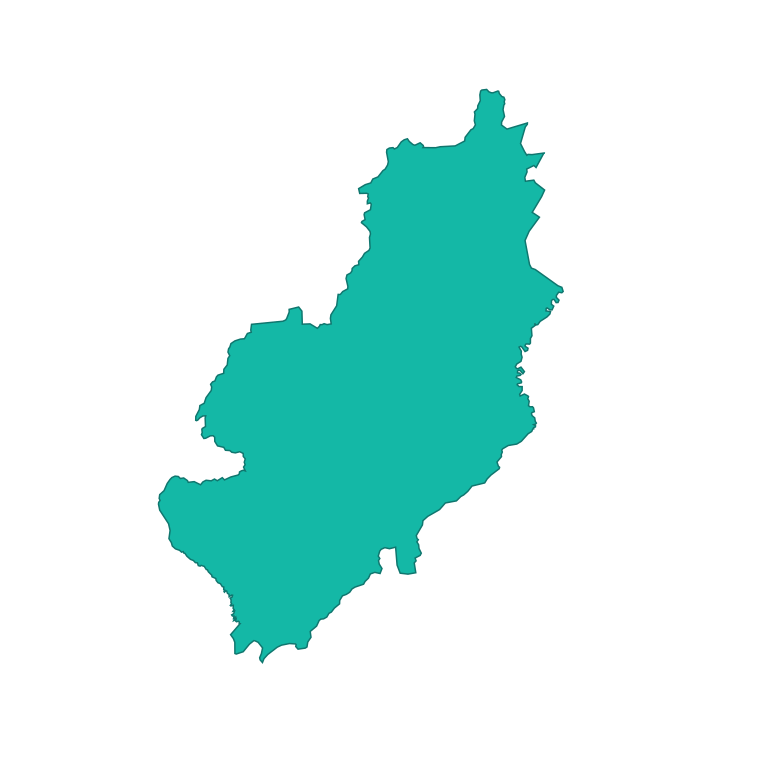 outline of Azangaro, Puno, Peru, rotated 214°
{"feature_id": "86281439B39141147012266", "entity_name": "Azangaro", "entity_type": "district", "adm_level": 2, "iso_a3": "PER", "parent_name": "Peru", "parent_adm1": "Puno", "projection": "robinson", "projection_center": [-70.147, -14.836], "detail": "fine", "context": "isolated", "style": "filled", "palette": "teal", "viewbox_px": 768, "rotation_deg": 214, "n_neighbors": 0, "source": "geoboundaries", "source_scale": "gbopen_adm2", "svg_char_len": 6154}
<svg xmlns="http://www.w3.org/2000/svg" viewBox="0 0 768 768"><g transform="rotate(214 384 384)"><path d="M508.1,166.9L506.4,163.4L504.5,162.2L504.6,159.9L503.8,158.3L499.4,154.0L484.5,147.7L479.4,142.9L475.8,135.5L471.6,133.6L468.9,131.3L464.7,130.7L460.5,131.8L457.8,131.4L456.7,132.8L455.4,131.9L454.3,132.3L451.1,131.0L446.4,130.4L443.3,131.1L440.5,130.4L438.7,131.4L436.4,129.6L434.6,130.2L434.2,131.4L431.0,132.3L427.6,130.8L426.4,131.2L424.7,130.1L419.9,129.2L418.8,128.0L414.7,128.7L413.3,127.3L410.5,126.4L407.9,127.0L404.8,125.6L403.3,126.1L402.0,124.0L400.7,124.1L400.8,122.7L399.9,122.2L399.5,123.9L398.7,124.4L396.7,122.9L394.9,123.0L393.5,121.1L392.3,123.8L391.4,124.2L390.8,122.4L391.8,120.4L390.1,119.6L388.6,117.1L387.4,116.6L387.6,114.5L386.8,114.4L385.2,116.3L383.5,113.5L382.1,113.2L382.1,111.1L380.9,112.2L380.2,109.4L381.2,107.4L380.0,106.9L378.5,107.7L377.7,105.7L376.9,107.3L376.3,103.8L375.4,105.3L376.0,106.5L375.5,107.1L374.4,104.5L373.3,104.4L372.1,105.9L370.9,105.8L370.1,104.4L369.3,104.8L371.0,90.4L366.5,88.7L363.2,86.4L356.9,77.2L355.5,77.5L351.0,83.3L350.1,93.0L348.4,98.5L347.1,99.0L343.9,99.5L337.1,97.3L334.9,92.0L334.0,87.5L332.4,86.0L329.0,85.1L329.9,89.2L329.1,94.8L325.3,106.2L322.9,110.2L317.2,116.0L312.0,119.0L311.1,118.8L310.4,117.0L307.0,116.1L301.6,121.0L300.8,122.9L302.9,127.4L302.9,133.2L306.8,137.6L304.5,145.6L305.5,151.7L304.9,153.7L302.7,155.6L301.1,158.8L301.4,163.1L300.1,165.5L299.8,170.5L297.9,176.9L299.7,179.8L300.0,185.2L297.6,188.5L296.0,192.1L295.9,196.3L294.4,199.5L289.0,206.6L289.3,209.7L288.3,214.4L289.1,218.9L286.3,222.7L281.3,224.7L282.5,229.9L287.2,232.0L289.8,234.5L289.9,237.0L292.5,238.1L294.1,243.1L293.9,245.4L291.8,248.8L287.4,250.5L283.1,255.2L271.9,241.2L264.8,236.2L257.8,239.8L252.1,245.3L258.9,252.6L258.5,255.3L260.9,257.1L258.2,262.1L258.5,264.6L263.0,267.2L265.4,270.1L268.5,271.5L268.5,274.1L270.1,274.3L272.5,276.4L273.3,288.6L275.3,292.5L273.7,298.8L267.7,311.0L266.6,319.7L258.6,327.6L257.4,333.7L255.9,336.6L254.5,341.9L254.0,348.6L245.2,358.3L245.4,363.0L244.4,368.4L241.1,378.2L241.6,379.6L243.2,379.8L246.7,382.5L246.0,389.5L247.3,391.0L247.9,393.8L249.4,395.0L249.4,396.6L246.6,402.5L240.3,408.5L238.1,413.4L236.7,423.4L235.0,427.2L235.5,429.9L234.8,430.6L235.6,431.5L234.5,433.1L235.0,434.1L237.2,434.0L235.9,435.5L235.8,436.8L237.7,437.6L240.1,440.2L243.6,440.6L245.2,441.9L245.4,443.0L243.9,445.1L246.7,447.8L248.2,448.2L250.1,446.8L252.1,446.8L254.0,450.9L256.6,452.2L257.1,454.3L257.9,454.6L262.0,454.2L264.4,450.2L265.8,451.3L265.8,455.8L268.0,459.1L270.7,457.4L273.2,457.8L273.4,458.8L270.8,461.8L271.1,462.7L272.9,463.9L278.0,463.3L278.3,464.9L275.9,467.3L275.7,468.5L277.6,468.9L279.6,467.9L280.6,469.6L280.1,470.7L278.5,471.3L274.6,470.2L274.5,472.8L279.9,474.6L281.6,471.5L282.9,471.0L284.8,471.7L285.1,474.9L283.1,479.4L284.5,483.4L287.0,485.5L288.5,488.0L292.7,490.1L291.9,491.6L290.7,491.8L285.2,489.8L283.8,492.2L284.6,494.2L287.9,494.2L288.7,494.9L288.6,496.7L285.6,498.5L285.5,499.8L288.1,503.7L288.3,506.7L293.0,512.6L291.4,517.2L293.1,518.4L290.9,518.0L289.7,519.3L289.6,523.2L286.4,530.7L285.6,534.8L286.4,537.1L290.6,535.2L291.8,537.4L291.3,538.3L287.9,538.3L286.1,539.4L286.8,543.5L289.8,543.7L291.8,546.8L291.4,548.4L290.3,549.2L286.8,547.7L285.3,548.9L285.8,551.4L289.6,552.2L290.6,553.9L290.5,557.8L287.6,559.1L287.2,560.9L290.6,563.6L294.8,562.7L322.6,563.5L326.6,562.5L330.2,564.5L347.3,581.8L349.1,591.8L348.4,609.2L357.1,609.2L358.1,627.5L359.3,634.6L371.1,635.4L373.8,636.8L380.1,631.2L382.8,634.0L384.0,639.8L385.9,642.0L381.9,649.0L379.0,648.5L380.6,664.9L389.6,656.9L393.0,654.9L393.5,653.5L397.5,655.3L405.3,659.7L410.6,676.1L410.4,679.5L411.1,680.6L424.6,664.1L431.4,664.4L433.0,667.0L433.7,673.2L438.7,678.0L440.6,682.2L440.6,683.8L442.1,685.1L442.9,687.4L445.0,688.8L447.1,688.2L450.8,689.3L452.6,690.8L453.4,690.6L456.5,686.3L458.0,685.4L460.4,684.9L463.6,685.6L467.3,682.4L467.7,680.9L466.2,677.3L462.6,672.7L461.8,667.1L460.4,664.7L461.2,660.1L459.4,658.5L456.3,652.7L453.1,649.9L452.9,645.5L454.1,643.4L454.7,633.9L453.0,630.6L458.1,621.2L470.0,612.2L473.4,608.7L483.9,601.8L483.9,602.9L484.9,603.7L488.9,604.2L491.9,599.2L494.0,598.7L498.7,599.2L501.7,600.4L503.8,597.8L505.1,594.3L505.2,587.5L506.8,584.7L508.7,585.0L511.5,582.6L512.7,580.0L511.5,577.6L504.7,570.7L503.5,567.6L503.2,562.8L504.2,560.3L504.8,552.3L507.9,547.7L507.4,543.3L511.0,538.8L514.3,531.8L510.7,528.4L504.9,532.5L503.3,532.7L502.2,530.1L500.8,529.6L500.1,526.3L498.6,524.1L496.6,526.5L495.1,525.9L492.7,520.9L495.8,515.1L495.2,513.3L491.6,509.7L493.2,506.4L492.9,505.1L486.4,504.5L480.9,502.7L479.1,500.8L478.0,497.4L471.6,489.0L471.2,486.4L473.2,481.4L472.9,477.2L473.7,471.5L471.6,468.8L474.2,465.7L475.0,462.0L473.8,459.8L473.8,457.3L475.7,453.7L474.4,450.2L468.5,444.7L467.3,442.6L469.9,437.6L470.3,433.8L472.1,432.6L467.0,422.4L466.7,411.7L465.1,408.4L461.4,404.3L464.4,401.4L467.4,400.5L468.6,398.5L470.1,397.6L469.8,395.7L470.4,392.9L478.9,392.5L485.2,387.9L492.8,398.5L497.8,400.1L504.4,392.8L502.8,390.6L501.3,383.9L501.3,382.1L502.9,379.5L527.2,359.4L524.6,354.2L523.0,352.7L525.5,349.5L525.0,343.5L528.2,340.9L531.7,336.4L533.5,331.9L532.5,328.6L532.5,326.2L531.2,323.2L527.7,321.2L527.7,318.0L524.6,312.1L525.0,306.7L522.9,303.2L526.6,298.5L526.9,296.2L525.9,292.0L527.3,289.9L527.6,286.8L525.2,285.2L523.6,282.0L523.9,273.2L522.3,267.5L524.6,263.2L522.8,259.5L521.9,251.9L519.8,248.6L518.9,248.8L518.2,249.9L517.8,253.0L516.3,256.2L514.0,257.9L513.2,255.7L508.2,248.9L509.8,245.5L509.6,244.5L507.5,242.0L507.0,239.9L502.9,238.1L501.5,239.3L499.0,243.9L496.7,245.6L494.6,245.2L492.2,241.8L487.4,239.6L481.4,241.9L478.4,240.4L474.6,242.6L472.0,242.3L468.7,243.8L465.7,247.2L461.9,247.7L460.1,245.2L457.2,244.4L456.1,241.0L454.0,239.4L454.0,236.6L450.4,234.4L452.3,233.9L453.7,232.2L454.6,230.3L453.7,228.6L454.1,226.9L459.0,221.3L462.6,215.3L465.7,215.9L468.1,210.6L471.4,210.4L473.1,207.1L477.7,204.7L479.4,201.5L479.7,197.9L486.8,196.9L491.3,193.0L492.9,194.0L497.5,194.1L500.0,191.8L502.8,192.3L505.7,190.8L507.5,187.9L508.0,185.3L508.1,180.3L506.7,172.6L508.1,166.9Z" fill="#14b8a6" stroke="#0f766e" stroke-width="1.5"/></g></svg>